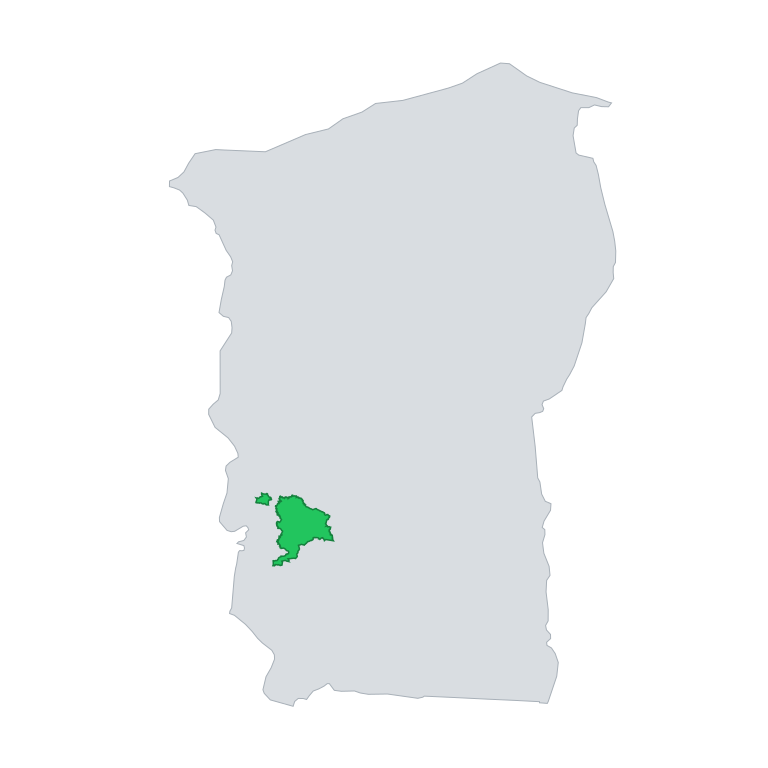 Mion, Northern, Ghana shown in context, rotated 183°
{"feature_id": "2480657B42193515445029", "entity_name": "Mion", "entity_type": "district", "adm_level": 2, "iso_a3": "GHA", "parent_name": "Ghana", "parent_adm1": "Northern", "projection": "orthographic", "projection_center": [-0.239, 9.451], "detail": "fine", "context": "in_parent", "style": "filled", "palette": "green", "viewbox_px": 768, "rotation_deg": 183, "n_neighbors": 0, "source": "geoboundaries", "source_scale": "gbopen_adm2", "svg_char_len": 8661}
<svg xmlns="http://www.w3.org/2000/svg" viewBox="0 0 768 768"><g transform="rotate(183 384 384)"><path d="M481.0,62.6L487.4,68.8L488.9,72.3L486.5,85.5L481.8,94.8L478.9,103.5L479.3,107.8L482.1,112.2L491.9,119.0L496.9,123.4L502.8,130.1L509.7,136.7L521.3,145.2L526.2,146.7L526.0,149.1L524.4,152.4L523.4,184.2L522.5,192.4L521.7,196.5L520.6,208.4L519.4,210.1L517.2,210.0L515.2,210.5L514.7,212.8L515.5,215.3L522.5,217.0L521.0,218.8L515.8,220.4L513.4,224.0L514.4,228.1L511.5,231.3L512.4,233.5L514.2,235.2L517.2,234.6L525.4,229.1L528.9,228.5L533.1,229.6L541.0,237.9L541.4,242.0L538.2,256.0L535.1,266.9L534.5,281.3L537.8,289.4L537.4,293.8L533.8,297.7L525.7,303.3L526.3,307.1L530.0,314.1L536.9,322.0L550.4,331.8L557.5,344.5L557.7,349.7L553.5,354.9L548.7,359.4L547.1,365.9L549.4,408.5L538.8,427.0L538.7,432.3L539.8,438.5L542.6,442.2L548.0,443.2L552.5,446.7L550.9,459.7L548.6,473.0L548.2,479.4L546.9,482.4L542.7,484.9L541.2,489.1L542.3,494.3L541.5,498.1L543.8,503.0L548.6,509.2L556.5,524.4L559.5,525.6L560.8,528.8L560.0,531.9L563.0,538.7L571.7,545.4L580.8,551.3L588.2,552.1L590.0,557.3L594.8,564.1L598.3,567.0L604.0,568.9L608.6,569.9L608.8,575.5L600.5,579.5L594.9,585.3L590.6,594.3L584.7,604.1L564.3,609.3L556.5,609.3L514.6,609.7L475.4,629.0L452.8,635.8L438.9,646.7L420.2,654.4L407.1,663.7L380.0,668.2L335.5,682.8L321.5,688.5L307.4,698.7L284.5,710.6L275.5,710.4L257.6,699.1L244.2,693.4L211.3,684.6L186.7,681.1L174.8,677.3L171.5,676.6L174.3,672.6L181.2,672.4L188.4,673.7L193.9,670.7L201.9,670.3L204.0,667.1L204.7,659.0L204.6,652.5L207.4,649.6L208.2,641.9L204.3,624.8L201.5,622.8L187.2,620.3L186.2,616.9L183.6,613.3L180.9,604.5L177.8,591.3L172.9,575.0L163.4,548.2L161.1,538.7L159.5,529.0L159.2,517.5L161.2,513.2L161.0,507.3L160.1,501.3L167.0,487.7L180.4,471.1L183.2,465.1L185.7,460.9L186.1,454.9L188.5,435.5L195.0,412.0L199.1,403.1L201.8,398.4L205.1,390.5L206.0,386.9L218.2,377.7L223.9,375.3L225.1,371.7L223.2,367.7L224.1,365.0L227.0,363.6L231.5,362.6L234.8,358.8L229.8,329.7L225.9,300.8L225.6,298.3L223.2,294.3L220.8,282.3L216.8,275.3L211.0,273.2L211.1,266.6L217.0,255.5L218.5,249.0L215.8,247.0L215.4,242.0L217.4,233.8L216.5,228.7L215.5,223.3L209.6,210.6L208.2,201.6L211.3,196.4L211.3,184.9L208.2,167.2L207.7,156.0L210.0,151.3L208.9,146.9L204.6,142.6L204.3,138.5L208.1,134.6L207.6,131.5L203.0,129.2L198.9,123.7L195.4,115.0L196.2,101.2L203.3,75.8L204.2,73.6L212.0,73.8L212.1,74.9L236.4,74.9L264.1,74.7L297.4,74.6L327.5,74.4L328.8,73.3L333.8,71.9L364.3,74.6L383.4,73.3L391.5,74.2L397.4,75.9L410.5,74.9L417.6,75.5L422.9,81.9L425.0,81.8L428.0,79.2L433.2,76.1L438.6,73.7L442.4,68.7L444.8,64.9L448.2,65.7L453.2,65.5L456.6,62.3L457.9,57.4L481.0,62.6Z" fill="#d9dde1" stroke="#a8b0b8" stroke-width="1"/><path d="M485.4,196.9L485.0,197.0L484.8,196.8L484.4,197.0L484.5,196.8L483.9,196.7L483.3,197.2L483.2,197.8L482.6,198.1L480.9,197.7L480.5,198.0L479.8,198.0L479.5,197.7L478.7,197.7L478.2,197.3L478.0,197.5L477.4,197.7L476.7,197.6L476.4,197.8L476.1,200.7L476.8,201.7L473.4,202.7L471.9,202.0L469.8,201.7L470.3,202.2L470.1,202.7L469.6,203.0L469.9,203.7L470.3,203.8L470.3,204.2L470.6,204.5L467.6,204.8L467.0,205.1L465.9,205.1L465.0,205.4L463.2,205.1L461.7,207.0L461.6,207.4L462.1,209.0L462.1,210.0L461.2,210.8L461.1,211.5L461.3,212.4L460.3,213.6L459.8,214.8L460.6,217.6L461.0,218.2L461.0,218.5L459.2,219.0L458.3,219.6L455.4,219.0L455.4,219.3L454.9,219.3L454.7,219.6L454.0,220.1L453.8,220.6L453.1,221.0L452.0,222.6L450.8,222.8L449.2,223.8L448.5,223.8L448.3,223.9L448.4,224.1L447.3,224.5L447.0,225.1L446.7,225.1L446.7,226.1L446.5,226.3L446.7,226.6L446.5,226.9L445.6,226.9L445.5,227.1L445.0,227.1L444.7,226.9L443.8,227.1L441.7,227.0L441.0,226.3L441.1,226.0L440.6,226.0L440.4,225.7L440.2,226.0L439.5,225.9L439.5,226.1L439.1,226.5L438.9,226.5L438.2,227.1L437.2,227.3L437.0,226.7L436.1,226.1L435.8,225.5L435.6,225.5L435.3,224.5L434.7,225.1L434.0,225.6L433.5,225.6L426.3,224.8L426.7,225.4L427.3,225.8L427.1,226.1L427.5,226.7L427.2,227.0L427.4,227.3L427.3,227.8L427.6,228.0L427.5,228.7L427.7,229.9L427.9,229.8L428.3,230.0L428.5,230.5L428.8,230.5L428.7,230.6L429.0,230.7L429.0,230.9L429.4,230.9L429.4,231.1L429.7,231.1L429.6,231.8L429.9,232.0L429.8,232.4L430.0,232.8L430.6,233.3L430.4,233.6L430.8,233.9L430.8,234.4L431.1,234.5L430.9,234.8L431.1,235.6L430.9,235.9L430.6,235.8L430.1,236.2L430.0,236.6L430.1,236.9L429.8,237.7L429.8,238.2L430.3,238.1L431.0,238.6L431.7,238.7L432.5,238.3L433.0,238.8L433.2,239.3L434.3,239.0L434.0,239.4L434.1,240.2L434.6,241.0L435.0,241.2L435.1,241.6L434.9,242.0L434.6,242.1L434.1,245.3L433.0,245.6L432.5,246.1L432.7,246.7L432.3,247.0L432.0,247.7L431.6,247.9L431.7,248.5L431.4,248.5L431.3,248.9L431.4,249.5L432.3,249.6L433.2,250.6L433.5,250.4L434.1,250.7L435.1,250.0L435.7,249.9L436.5,250.7L436.6,251.3L436.4,251.6L436.9,252.3L437.4,252.4L438.7,253.2L439.3,253.1L439.8,253.3L440.7,253.9L441.4,253.9L442.4,254.6L444.1,255.1L445.1,256.0L445.7,256.0L448.6,254.7L449.9,255.4L451.9,255.9L452.5,256.5L453.5,256.8L453.7,257.1L455.4,257.3L456.1,258.6L456.9,259.0L456.7,259.1L456.9,259.3L456.7,259.4L457.0,259.5L457.0,260.2L457.5,260.3L458.1,260.6L458.1,260.8L458.4,260.7L458.4,261.6L458.7,262.3L458.9,262.4L458.8,262.9L459.2,262.9L459.3,263.4L459.1,263.6L459.6,263.9L459.4,264.2L459.6,264.6L460.7,265.1L460.8,265.5L461.7,265.4L462.0,265.8L462.8,265.5L463.1,266.2L463.6,266.4L463.7,266.2L464.1,266.7L464.8,266.1L465.3,266.4L465.5,266.3L465.4,266.6L465.7,266.8L465.6,267.2L466.0,267.3L466.0,267.6L466.8,267.4L467.6,267.6L468.2,267.4L468.7,267.4L469.0,267.2L469.3,268.1L469.9,268.2L470.3,267.6L470.2,267.1L470.6,266.9L470.9,266.3L471.4,266.5L472.0,266.4L472.4,266.1L472.6,265.5L473.2,265.7L473.2,265.4L473.5,265.0L473.5,265.6L473.9,265.2L474.6,265.2L474.9,265.4L474.9,265.7L475.0,265.9L475.4,266.0L475.7,265.8L476.3,266.0L476.5,265.5L477.1,265.6L477.2,265.2L477.6,265.0L477.7,264.6L478.5,265.2L479.2,265.1L479.3,265.7L479.6,265.9L480.1,265.6L480.4,265.8L480.6,265.4L481.2,265.3L481.3,266.4L481.6,266.6L482.2,266.2L482.2,264.8L482.8,264.1L482.6,263.6L482.2,263.7L482.2,263.4L481.7,262.8L481.6,262.2L481.2,262.1L481.3,262.0L481.2,261.7L480.6,261.4L481.2,260.9L482.4,261.7L482.8,261.3L483.5,261.3L483.5,261.0L483.2,260.5L482.8,260.2L482.3,259.6L482.7,259.0L483.5,259.1L484.1,258.7L484.3,257.8L484.6,257.4L484.6,256.9L485.1,256.7L485.8,256.7L485.9,256.2L485.2,255.9L485.4,254.1L484.6,253.9L485.0,253.2L484.5,252.7L484.8,252.5L484.9,252.1L484.2,251.4L485.1,250.8L484.2,249.8L483.9,249.7L483.4,250.1L482.9,249.6L483.1,249.2L483.9,248.7L483.7,247.6L482.7,247.5L482.5,247.9L482.2,247.9L481.3,247.3L481.7,246.4L480.7,246.0L480.5,245.4L480.8,245.3L480.9,244.8L479.3,243.4L480.0,241.8L481.1,240.3L482.1,241.0L482.6,240.9L483.1,241.1L483.4,240.6L483.8,240.5L484.1,239.5L483.9,239.1L483.6,239.0L484.0,238.5L483.9,238.2L483.5,238.0L483.7,237.3L483.4,236.5L483.2,236.4L483.0,236.6L482.7,236.2L482.7,235.8L482.2,235.7L482.0,235.3L482.4,234.7L482.4,234.3L480.2,234.3L479.7,234.0L478.9,233.1L478.5,232.3L478.0,232.2L477.7,232.0L477.6,231.4L477.8,230.7L478.5,229.5L479.0,228.4L478.1,228.2L478.1,227.8L478.6,227.3L479.9,226.9L480.0,226.6L479.6,226.1L479.5,225.5L479.8,225.1L480.0,225.2L480.1,225.6L480.7,225.7L480.8,225.8L480.8,224.8L480.6,224.2L480.7,223.9L481.0,223.8L481.0,222.8L481.4,221.9L481.8,222.2L481.8,222.8L482.2,222.8L482.2,222.3L482.4,221.8L482.7,221.6L482.8,221.1L482.2,221.2L481.7,220.9L481.6,220.7L482.0,220.4L481.9,220.0L481.2,220.0L481.4,218.6L480.7,218.8L480.7,218.6L480.2,218.5L479.5,217.8L479.6,217.1L479.8,216.8L479.5,216.7L479.1,216.9L478.9,216.6L479.3,215.7L479.1,215.0L478.5,215.0L478.5,214.8L478.2,214.4L475.7,214.9L475.0,214.6L473.8,213.9L472.7,212.6L470.8,212.1L470.4,211.4L470.4,210.6L470.5,209.6L471.6,209.3L472.0,208.8L472.5,209.1L473.0,208.8L473.4,207.6L474.4,207.0L475.5,206.7L477.7,206.7L477.6,206.3L479.4,205.4L480.2,204.7L480.4,203.7L480.7,203.2L481.0,203.1L481.4,202.2L482.3,202.0L483.3,202.0L484.1,201.5L485.0,201.8L485.5,201.6L485.3,200.6L485.1,198.1L485.4,196.9ZM505.7,263.5L505.0,262.6L504.9,261.9L505.4,260.1L505.3,259.5L505.7,259.2L505.4,258.7L505.0,258.7L504.6,258.8L504.0,258.6L503.6,258.8L502.3,258.5L502.1,258.8L501.4,258.7L500.6,258.9L499.7,258.2L498.7,257.9L498.3,258.2L497.7,257.9L497.1,258.3L496.6,258.4L495.4,257.2L494.9,257.1L493.1,257.2L493.3,257.6L493.2,259.0L493.4,260.1L493.0,262.0L492.6,262.2L492.0,262.1L491.2,262.5L490.8,262.4L490.5,262.6L490.3,262.9L490.5,263.4L490.7,263.6L491.5,263.8L491.1,264.7L491.7,265.0L492.4,264.8L492.5,264.9L493.4,265.7L494.2,267.0L494.7,267.3L494.6,268.1L495.2,268.5L496.0,267.9L498.4,267.8L500.5,268.6L500.5,267.6L500.2,267.1L500.0,266.1L499.5,265.5L501.2,264.8L501.6,264.9L501.9,264.7L502.5,263.8L503.4,263.2L504.5,263.6L505.3,263.4L505.7,263.5Z" fill="#22c55e" stroke="#15803d" stroke-width="1.5"/></g></svg>